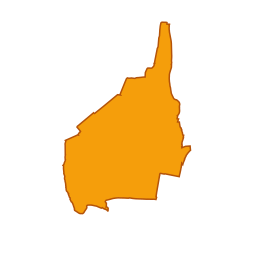 Beek, Limburg, Netherlands, rotated 151°
{"feature_id": "6326949B12958717233979", "entity_name": "Beek", "entity_type": "district", "adm_level": 2, "iso_a3": "NLD", "parent_name": "Netherlands", "parent_adm1": "Limburg", "projection": "albers", "projection_center": [5.806, 50.927], "detail": "fine", "context": "isolated", "style": "filled", "palette": "amber", "viewbox_px": 256, "rotation_deg": 151, "n_neighbors": 0, "source": "geoboundaries", "source_scale": "gbopen_adm2", "svg_char_len": 5307}
<svg xmlns="http://www.w3.org/2000/svg" viewBox="0 0 256 256"><g transform="rotate(151 128 128)"><path d="M71.4,123.4L71.2,123.8L71.0,124.5L70.9,124.6L70.8,125.5L70.9,126.4L71.1,127.0L71.4,128.1L71.7,128.7L72.1,129.3L72.5,129.6L72.8,130.0L73.3,130.5L73.5,131.1L73.7,131.5L73.7,132.2L73.6,133.4L73.6,134.0L73.5,135.5L73.4,136.7L73.3,137.3L73.2,137.6L73.1,138.0L72.8,138.7L72.0,141.0L71.8,141.4L71.2,143.0L71.1,143.6L71.0,144.1L69.9,146.8L69.3,148.5L69.0,149.1L68.4,150.4L67.8,151.6L66.9,153.0L66.2,154.2L65.9,154.7L65.3,155.4L65.0,155.8L60.7,159.9L60.5,160.2L59.3,162.2L59.2,162.3L59.3,162.7L59.1,162.8L58.8,163.1L58.4,163.6L58.2,163.8L58.0,164.2L57.5,165.5L57.2,166.0L55.5,168.7L54.7,170.1L54.1,171.3L49.1,180.9L48.4,182.5L47.9,183.8L47.7,184.4L45.3,191.7L45.0,192.4L44.6,193.2L44.3,194.1L43.7,195.2L43.4,195.8L42.6,197.0L42.5,197.4L42.1,197.9L41.4,198.6L41.7,198.9L42.1,198.6L42.4,199.0L42.5,199.2L43.6,200.0L43.0,200.9L42.8,201.2L42.8,201.4L43.0,201.6L43.7,202.1L46.9,204.0L47.3,204.1L47.6,204.1L48.1,204.0L48.4,203.8L49.8,202.2L50.6,201.2L51.5,199.9L52.5,198.5L55.8,193.3L56.1,193.0L56.4,192.7L57.2,192.0L57.6,191.5L62.0,184.9L62.4,184.4L63.8,183.4L64.1,183.1L64.4,182.7L72.4,173.2L72.8,172.6L73.1,172.1L73.2,171.9L73.3,171.6L73.8,171.9L74.0,171.7L74.0,171.4L74.8,170.2L75.2,169.8L75.6,169.6L77.4,169.0L77.9,168.9L78.2,168.9L78.5,169.0L81.1,170.5L81.5,170.8L81.9,170.8L82.1,170.8L82.5,170.7L85.7,168.3L86.0,168.0L86.2,167.7L88.3,164.3L89.9,165.1L94.9,167.2L95.0,167.3L96.4,167.9L97.9,168.0L100.4,169.8L100.6,170.0L102.5,170.8L103.2,171.2L103.7,171.6L104.2,172.1L105.1,172.0L105.7,171.7L106.3,171.2L108.7,169.3L118.2,161.6L118.3,161.4L118.7,161.1L118.6,160.5L121.0,162.2L139.6,158.7L150.2,156.9L150.6,157.4L150.8,157.7L150.8,158.0L171.6,154.0L172.2,153.5L171.1,148.1L172.3,147.4L172.5,147.7L174.7,146.6L174.8,145.9L175.0,146.1L175.5,146.4L175.9,146.4L176.9,146.5L178.0,146.5L178.5,146.6L178.4,146.6L178.5,146.6L186.4,147.3L188.5,147.5L188.3,147.2L190.4,145.0L190.6,144.8L190.8,144.5L191.3,143.4L195.2,136.2L195.7,135.3L195.6,135.2L195.9,134.7L196.6,133.9L196.7,133.7L196.9,133.4L197.3,132.8L197.7,131.9L197.9,131.5L198.2,130.9L198.1,130.6L198.7,130.0L199.0,129.6L200.4,128.6L201.6,127.4L201.8,127.3L203.0,126.8L202.7,126.2L204.2,123.6L205.2,121.2L205.3,121.0L205.3,120.9L205.5,120.5L205.7,120.1L206.1,119.5L206.2,118.9L206.3,118.9L206.4,118.4L206.5,117.5L206.6,117.0L206.9,116.1L207.8,115.0L207.8,114.9L208.2,114.2L208.3,113.7L208.3,113.3L208.4,112.9L208.6,112.5L208.8,112.1L208.9,111.7L209.4,110.0L209.8,109.0L210.3,108.0L210.7,106.8L210.8,106.6L211.0,106.5L211.1,106.2L211.3,105.9L211.3,105.4L211.4,105.2L211.8,104.5L212.2,103.3L212.3,103.0L212.3,102.6L212.2,102.3L212.0,101.7L212.0,101.2L211.9,100.6L211.9,100.4L212.0,99.8L211.9,99.4L212.2,99.4L212.6,96.7L212.8,95.7L212.5,95.1L212.5,94.9L212.6,94.6L212.8,94.4L213.0,94.0L213.2,93.9L213.3,92.7L213.4,90.9L213.3,90.7L213.0,90.4L213.0,90.2L213.0,88.9L213.1,88.2L213.2,87.3L213.6,85.5L213.7,84.7L213.7,84.1L213.8,83.8L213.8,83.7L214.1,83.4L214.2,83.2L214.2,82.8L214.4,82.5L214.5,82.1L214.6,81.8L213.9,80.6L213.8,80.3L213.6,80.0L212.6,78.1L212.3,77.5L212.0,77.1L211.8,76.8L211.5,76.5L211.1,76.2L210.2,75.7L209.5,75.3L209.3,75.2L209.2,75.1L208.9,75.1L208.4,75.2L207.6,75.4L206.5,76.1L203.2,77.8L202.8,78.1L202.5,78.5L202.4,78.8L202.1,79.5L201.7,80.0L201.4,80.1L200.8,80.1L200.6,80.0L200.0,79.8L198.7,79.1L197.2,78.2L196.4,77.5L194.7,76.0L193.6,75.1L193.2,74.7L192.8,74.1L190.5,71.2L190.1,70.8L189.8,70.7L189.5,70.7L189.3,70.8L189.1,70.8L189.0,70.6L188.8,70.2L188.5,69.5L188.3,69.2L188.1,68.9L187.8,68.6L187.7,68.6L187.8,68.5L187.2,67.8L186.5,67.0L186.4,66.8L186.2,66.2L186.0,65.3L185.9,65.2L185.6,65.2L185.2,65.9L185.0,66.2L184.9,66.5L184.4,67.1L184.3,67.6L184.3,67.9L184.3,68.1L184.4,68.5L184.5,68.7L184.7,69.0L185.0,69.3L185.2,69.5L185.3,69.6L185.2,69.7L185.0,70.1L184.6,70.5L183.7,72.1L183.3,72.8L183.6,73.3L183.6,73.5L183.7,73.8L183.5,74.8L182.2,75.4L179.3,74.6L175.5,73.7L174.6,73.4L173.0,72.8L171.6,72.2L170.5,71.7L170.1,71.5L168.5,70.5L165.7,68.9L162.3,66.8L161.2,66.2L161.0,66.3L160.8,66.3L160.6,66.2L158.0,64.1L156.0,62.7L154.9,62.0L148.8,58.3L146.4,56.8L145.1,56.1L143.9,55.4L140.4,53.4L140.0,53.3L139.1,52.6L138.2,51.9L136.7,53.4L136.9,53.6L136.4,54.7L136.5,54.8L136.4,54.9L136.1,55.2L136.0,55.4L135.6,55.9L134.8,56.9L134.8,57.0L123.7,70.8L123.5,71.0L123.2,71.3L123.0,71.5L123.0,71.8L122.6,72.2L122.4,72.4L122.0,72.7L121.9,72.7L121.6,72.6L118.6,70.1L118.0,70.1L106.8,60.6L105.9,61.7L105.3,62.4L105.2,62.5L104.8,62.9L104.7,63.0L102.6,65.4L100.7,67.7L100.5,67.8L99.0,70.0L98.4,70.5L98.1,71.0L97.9,69.4L97.2,70.1L96.5,70.8L93.6,73.1L93.4,73.5L92.2,74.4L92.3,74.4L90.9,75.3L90.6,75.5L90.5,75.8L88.9,76.5L87.4,77.2L86.7,77.4L86.4,77.6L85.2,78.0L84.1,78.2L83.8,79.0L82.5,81.9L82.9,82.1L82.7,82.3L86.6,84.1L90.5,84.6L90.1,85.6L89.6,85.5L88.6,87.7L88.8,87.8L87.6,89.4L84.3,92.5L84.5,92.7L82.8,94.7L83.5,95.4L82.7,97.5L82.6,97.9L82.6,98.3L82.3,100.2L81.9,100.2L81.6,102.6L81.9,102.8L81.8,103.8L81.7,104.3L80.7,107.1L80.2,108.3L81.7,109.3L79.4,111.4L80.6,112.3L78.9,114.3L79.0,114.8L78.1,115.0L77.7,115.2L77.3,115.4L76.6,115.8L75.8,116.4L75.2,117.1L74.9,117.5L74.6,117.9L73.6,120.0L73.3,120.5L73.0,121.2L72.9,121.2L72.8,121.4L72.8,121.5L72.7,121.7L72.5,122.1L72.4,122.2L72.2,122.5L71.4,123.4Z" fill="#f59e0b" stroke="#b45309" stroke-width="1.5"/></g></svg>